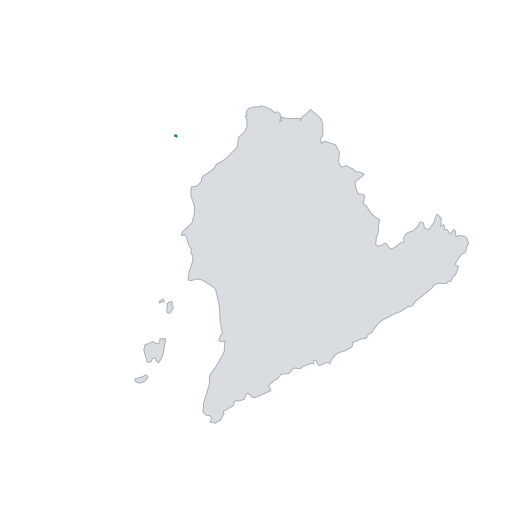 where Melilla sits in Spain, rotated 140°
{"feature_id": "ESP-5835", "entity_name": "Melilla", "entity_type": "Autonomous City", "adm_level": 1, "iso_a3": "ESP", "parent_name": "Spain", "parent_adm1": "", "projection": "albers", "projection_center": [-2.939, 35.299], "detail": "fine", "context": "in_parent", "style": "filled", "palette": "teal", "viewbox_px": 512, "rotation_deg": 140, "n_neighbors": 0, "source": "natural_earth", "source_scale": "10m", "svg_char_len": 3898}
<svg xmlns="http://www.w3.org/2000/svg" viewBox="0 0 512 512"><g transform="rotate(140 256 256)"><path d="M268.7,126.1L268.8,127.3L270.8,129.5L276.8,130.7L278.3,131.6L278.1,134.6L276.7,137.3L278.0,138.4L279.5,138.4L281.2,136.2L281.6,137.6L284.3,138.8L290.4,141.1L294.7,141.3L299.2,146.0L306.4,144.9L313.0,149.3L319.0,148.1L320.4,148.9L329.8,148.7L330.2,145.0L331.3,143.4L347.8,148.0L349.9,151.0L349.7,152.6L350.7,156.3L352.8,156.1L357.0,153.8L362.7,156.1L364.3,158.3L365.5,158.4L369.6,156.0L381.1,158.0L381.5,156.3L382.2,155.7L386.9,153.8L388.8,153.3L395.0,154.2L395.8,156.2L397.1,157.0L397.7,158.8L394.2,160.1L394.0,163.3L396.4,165.8L396.9,170.4L391.1,176.7L374.1,187.8L368.6,194.1L355.5,197.8L342.1,202.9L334.2,211.2L336.3,211.8L338.9,214.5L338.1,215.7L334.6,217.7L331.4,218.4L325.8,228.5L317.8,239.0L314.8,243.8L308.6,256.0L308.6,259.4L312.2,271.3L314.2,274.4L316.9,276.9L321.9,279.0L323.2,281.2L321.6,283.4L316.7,287.3L308.1,292.6L304.5,296.6L303.8,300.5L301.3,302.3L300.5,307.7L297.1,315.3L296.9,317.3L299.7,319.9L297.1,321.7L283.5,322.6L275.2,328.6L271.0,333.9L267.3,343.6L262.7,349.4L260.7,350.4L257.5,347.9L253.5,347.6L249.6,348.4L247.6,350.4L244.4,351.5L241.3,350.6L234.6,350.1L231.6,350.2L227.0,351.8L223.0,350.6L216.2,350.0L201.6,351.2L199.8,351.7L193.2,358.2L186.1,358.2L179.6,360.7L175.1,367.0L174.2,370.3L172.9,369.5L171.9,369.8L171.4,372.3L166.9,373.8L161.9,371.6L157.9,368.3L155.7,368.0L152.3,363.0L150.9,359.8L149.9,356.4L149.9,354.0L146.8,352.6L146.2,349.4L148.6,345.5L151.7,343.4L148.9,343.4L146.8,346.0L144.3,341.7L134.0,333.2L134.7,330.4L132.8,332.5L131.6,333.0L126.2,332.4L120.0,333.1L118.0,319.3L119.8,314.6L127.1,305.5L131.5,304.4L133.4,299.6L129.5,299.7L123.6,290.1L125.6,281.5L132.1,275.3L133.2,272.7L133.5,270.3L132.4,268.5L129.1,267.5L125.9,260.5L125.3,256.2L122.5,253.6L120.4,249.3L122.5,248.8L131.3,249.1L133.4,248.1L135.2,245.3L137.0,240.7L137.5,237.9L134.3,233.7L134.2,232.8L134.7,231.5L140.2,227.2L139.2,223.8L140.4,216.7L140.1,212.5L139.7,209.1L138.0,204.7L139.3,202.9L142.1,201.5L144.4,198.0L147.7,195.1L151.9,192.9L157.0,187.8L156.2,185.4L154.6,184.0L148.7,182.8L148.3,181.7L148.6,176.0L147.1,173.6L145.0,173.8L141.7,172.7L140.9,173.3L136.7,173.0L133.8,171.8L132.5,172.6L132.1,174.6L127.1,176.5L124.3,176.3L119.8,174.3L114.7,174.6L114.1,174.2L109.6,176.3L108.1,176.3L106.4,173.4L109.0,169.4L107.1,165.4L105.8,165.2L97.5,167.6L92.5,171.1L90.6,171.4L90.0,170.7L90.1,165.4L95.3,160.0L92.2,159.5L92.5,157.8L94.6,155.4L92.7,153.3L93.0,147.6L88.5,149.2L87.4,148.8L87.5,146.5L90.5,142.1L87.6,141.4L85.6,139.6L83.1,135.7L83.2,133.7L85.0,129.2L88.9,127.3L92.9,124.3L98.0,125.2L105.8,123.0L108.6,121.7L108.6,119.8L107.7,118.3L108.6,117.0L115.0,113.5L118.8,113.3L122.7,111.5L125.2,112.9L127.5,112.6L130.0,114.2L133.3,117.7L138.2,119.3L142.2,118.4L162.5,118.8L168.3,117.3L172.8,119.5L181.4,120.7L186.6,122.6L201.0,125.7L206.2,125.8L216.7,123.1L219.6,123.9L223.8,122.5L225.8,122.8L228.4,124.8L237.7,127.5L240.1,125.2L241.9,124.7L248.5,126.1L255.3,128.9L258.8,129.1L263.9,128.3L268.7,126.1ZM398.8,242.9L401.3,243.9L403.9,242.7L405.3,242.9L406.7,243.4L407.2,245.5L402.2,256.3L397.9,259.4L393.2,257.5L390.6,257.1L389.7,256.2L388.9,252.9L387.7,251.9L385.9,251.5L382.5,254.4L381.4,252.7L379.7,252.4L379.0,251.4L378.9,250.0L389.3,241.3L392.3,239.3L398.7,236.8L399.8,237.1L399.0,238.3L399.9,239.4L398.8,242.9ZM428.9,236.6L428.0,239.6L419.8,236.2L417.1,236.0L416.5,235.4L416.5,232.5L421.9,231.7L426.3,232.9L428.9,236.6ZM355.8,274.6L355.0,276.7L350.9,276.1L350.0,275.3L350.8,272.9L351.9,272.6L351.9,270.9L353.0,269.2L358.7,267.6L360.0,268.7L360.3,270.3L357.1,274.1L355.8,274.6ZM360.1,282.7L359.5,283.2L355.1,283.0L355.0,281.6L355.8,279.7L357.5,281.5L360.0,281.7L360.1,282.7Z" fill="#d9dde1" stroke="#a8b0b8" stroke-width="1"/><path d="M240.2,400.5L239.6,399.8L239.5,398.9L240.1,398.4L240.8,399.8L241.0,400.1L240.2,400.5Z" fill="#14b8a6" stroke="#0f766e" stroke-width="1.5"/></g></svg>